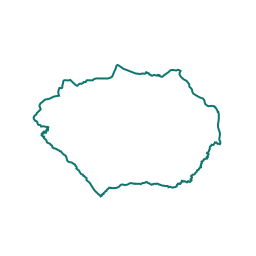 outline of Quinchia, Risaralda, Colombia, rotated 294°
{"feature_id": "7082276B81179954496146", "entity_name": "Quinchia", "entity_type": "district", "adm_level": 2, "iso_a3": "COL", "parent_name": "Colombia", "parent_adm1": "Risaralda", "projection": "robinson", "projection_center": [-75.724, 5.326], "detail": "fine", "context": "isolated", "style": "outline", "palette": "teal", "viewbox_px": 256, "rotation_deg": 294, "n_neighbors": 0, "source": "geoboundaries", "source_scale": "gbopen_adm2", "svg_char_len": 5712}
<svg xmlns="http://www.w3.org/2000/svg" viewBox="0 0 256 256"><g transform="rotate(294 128 128)"><path d="M150.6,218.5L151.7,218.5L152.3,218.3L152.8,218.0L154.5,216.2L155.5,215.7L158.3,215.0L160.7,214.1L164.3,210.8L165.9,209.7L167.0,209.1L168.1,208.7L170.5,208.1L173.9,207.0L177.7,205.2L179.3,204.1L179.0,203.6L180.7,202.1L182.0,200.0L182.3,198.9L182.6,199.0L182.9,198.3L182.8,197.5L182.3,195.5L180.6,192.6L180.7,191.1L181.1,189.4L181.5,188.7L184.4,186.3L185.2,185.0L185.4,183.7L185.1,181.1L185.5,176.8L186.0,173.7L186.4,173.0L186.8,172.5L188.1,171.4L189.1,170.8L190.0,169.4L190.4,167.8L190.6,167.5L190.9,167.1L192.4,166.4L193.0,165.9L194.9,162.3L195.1,159.0L196.2,155.7L197.6,153.6L198.0,153.3L199.5,152.7L201.5,152.8L201.6,151.1L201.5,150.1L201.2,149.6L200.5,149.0L200.2,148.7L199.5,146.4L199.5,145.9L198.6,144.1L198.1,143.5L196.9,142.8L195.6,142.4L194.2,141.4L193.2,141.0L191.1,139.5L189.2,138.8L188.8,138.4L188.4,137.7L188.4,137.4L188.4,136.8L188.3,136.4L188.5,136.1L188.3,135.3L189.0,135.2L188.9,134.3L188.0,133.7L187.9,133.5L188.1,133.2L187.6,132.9L187.3,131.8L187.2,130.3L185.7,129.0L185.4,128.4L185.4,128.0L185.9,126.9L185.5,125.8L186.4,124.6L186.2,124.1L186.4,123.7L186.3,123.3L185.9,122.8L186.3,122.4L186.4,122.0L186.3,121.8L185.0,121.7L184.5,121.3L184.2,120.9L183.8,119.3L183.4,118.6L183.0,118.3L182.2,116.9L180.9,112.7L180.5,104.0L180.2,99.8L181.2,95.0L181.4,92.9L181.1,92.6L180.0,92.2L179.4,92.2L177.5,92.6L175.9,92.5L168.9,92.6L168.0,92.4L167.2,91.8L165.5,90.0L164.9,89.2L160.5,79.1L159.1,77.3L158.6,76.9L157.4,76.5L157.1,76.2L154.9,71.0L154.2,70.7L153.0,70.8L152.7,70.6L152.4,70.2L152.1,68.8L151.9,68.7L151.1,68.7L150.5,68.4L150.2,68.0L149.5,67.6L148.9,66.1L148.6,65.7L148.1,65.3L146.5,64.8L145.9,64.4L145.8,63.7L145.9,63.0L146.8,60.2L148.4,55.8L147.5,54.5L146.8,53.2L146.2,51.3L145.8,50.6L145.1,49.9L144.5,49.9L142.7,50.4L140.0,50.8L138.7,51.4L137.8,51.4L137.3,51.1L136.9,49.4L136.7,49.0L133.2,49.4L132.1,49.8L130.9,50.6L129.5,51.9L126.8,47.8L125.9,46.9L122.7,44.3L120.9,41.6L119.9,40.5L119.3,40.2L116.3,38.9L115.2,38.1L113.2,37.9L111.9,38.3L109.9,40.4L109.6,40.6L107.9,40.1L105.0,38.8L104.5,38.7L103.7,38.8L103.1,38.6L102.4,38.5L101.2,37.6L99.2,37.5L98.9,37.8L98.0,38.2L97.5,39.2L97.0,39.8L96.8,40.4L97.0,41.7L96.4,42.9L95.4,43.5L94.6,44.4L94.5,44.9L94.9,46.1L94.9,46.7L94.8,47.2L94.0,48.0L95.0,49.8L95.3,50.5L95.8,53.3L96.4,54.1L96.4,54.7L96.2,55.0L95.9,55.1L95.2,54.7L94.8,54.7L94.6,54.8L94.7,55.3L93.7,55.7L93.7,55.4L93.9,54.7L93.8,54.3L93.4,54.3L93.2,54.9L92.8,55.1L92.1,54.9L91.5,54.0L91.2,54.1L90.7,55.0L90.3,55.0L90.3,54.8L90.6,54.2L90.4,53.2L90.5,52.6L90.3,52.5L89.7,52.8L89.2,52.2L88.9,52.4L88.7,52.8L88.1,51.8L87.9,51.6L87.6,51.5L87.4,51.6L87.7,52.1L87.7,52.4L87.3,52.4L86.7,52.1L86.1,52.1L85.8,53.3L86.1,54.6L86.1,54.9L85.9,55.0L85.2,54.6L84.9,54.8L84.2,56.2L84.1,57.3L83.9,57.8L82.9,59.1L82.2,59.4L81.9,59.9L81.8,61.1L81.9,63.2L81.2,64.2L81.1,65.5L80.7,66.2L79.6,66.8L79.4,67.1L79.5,68.0L79.3,68.7L79.6,69.3L79.5,70.1L79.8,71.3L79.3,72.7L79.5,74.4L79.0,75.1L79.1,75.6L79.4,76.3L79.1,76.6L77.9,79.3L77.5,80.4L77.5,81.7L77.4,82.2L76.9,82.6L76.5,83.4L73.7,85.5L73.0,86.9L73.0,88.5L73.6,90.5L73.5,91.1L73.1,92.8L73.1,94.5L72.2,95.2L71.8,96.5L71.5,96.9L70.7,97.2L70.1,97.2L69.8,97.6L69.8,98.4L69.3,99.2L69.3,100.2L68.8,101.2L68.1,101.7L67.7,102.6L67.0,103.4L66.9,105.8L66.1,106.6L66.3,107.7L65.6,109.0L65.6,109.8L65.4,110.5L64.9,110.8L64.0,111.0L63.5,111.3L62.3,115.4L59.1,120.1L57.2,123.2L55.3,128.5L54.9,130.1L54.4,130.8L54.9,131.2L55.6,131.6L55.8,131.5L55.8,131.1L56.1,131.1L56.6,131.4L56.7,131.6L57.0,131.7L57.0,131.8L57.4,131.8L57.4,132.0L57.6,132.3L57.8,132.5L58.7,132.3L59.9,132.9L61.0,133.1L61.7,133.9L62.1,133.8L63.5,134.0L64.5,134.7L65.8,135.1L66.2,135.7L66.1,136.7L66.4,136.9L66.4,137.2L66.6,137.5L66.5,137.8L67.7,140.2L68.6,141.8L70.5,143.6L71.1,143.9L72.3,144.1L73.6,144.9L73.9,145.4L74.3,146.4L74.6,148.5L75.9,150.3L77.1,151.4L77.9,151.8L78.8,152.9L79.0,153.4L79.3,155.4L79.9,156.3L79.7,157.2L80.4,157.9L80.6,159.1L81.5,160.3L81.9,162.6L82.8,163.0L83.7,163.7L84.2,164.8L85.1,165.9L85.7,166.2L86.0,166.9L86.3,167.1L86.3,167.4L85.8,168.6L86.1,169.9L85.9,170.5L85.7,172.5L85.8,172.8L86.5,173.1L86.7,173.7L87.2,174.0L87.5,174.6L87.9,174.9L88.4,176.6L89.1,177.3L89.2,178.3L88.9,179.4L89.2,179.7L89.4,183.2L89.9,184.1L90.0,184.8L90.4,186.3L90.9,187.1L91.1,188.0L90.3,189.0L91.3,190.2L91.6,190.7L91.6,192.7L91.7,193.2L92.8,194.3L93.0,194.9L93.3,195.3L94.5,196.2L94.9,196.2L95.8,195.8L96.8,196.3L97.4,196.2L97.5,196.4L97.2,197.0L97.3,197.2L97.9,197.2L98.1,197.4L98.2,198.5L98.6,198.7L99.3,198.5L100.2,199.1L101.3,198.6L101.8,198.7L102.0,199.4L101.7,200.6L102.0,201.0L102.4,201.3L102.5,201.7L102.3,202.2L102.4,203.0L102.3,204.0L102.5,204.3L103.6,204.3L104.0,204.6L104.1,205.0L103.8,206.0L104.1,206.7L106.2,207.4L106.3,207.3L106.2,206.5L106.4,206.1L106.8,205.9L108.3,206.6L108.8,206.6L109.2,206.2L109.5,205.3L109.8,205.2L110.1,205.3L110.4,205.8L111.2,205.8L111.6,205.9L112.2,207.1L112.8,207.6L114.7,207.9L115.9,208.6L117.7,208.4L118.0,208.9L118.4,209.4L119.0,209.5L119.8,209.3L120.2,209.7L121.3,210.1L121.8,210.7L122.3,210.4L122.6,209.7L123.0,209.7L123.4,210.0L123.7,210.0L124.3,209.5L124.8,209.4L125.5,209.8L125.9,209.8L126.5,209.5L126.9,208.8L127.2,208.8L127.8,209.4L129.0,210.2L129.3,210.1L129.7,209.9L130.1,209.9L130.7,210.7L131.5,211.3L132.2,212.6L133.0,211.8L133.5,211.7L134.0,211.9L134.2,212.7L135.0,212.1L136.6,212.4L137.1,212.0L137.2,211.6L136.9,210.7L137.0,210.4L137.4,210.3L137.7,210.4L138.5,211.1L139.4,211.4L140.7,211.1L141.9,211.3L143.1,210.7L143.8,210.5L144.9,210.7L145.8,211.3L146.7,211.2L146.9,212.3L147.5,213.0L148.6,213.1L149.4,213.5L150.2,213.3L150.8,214.7L150.0,216.2L150.1,216.7L150.6,217.5L150.6,218.5Z" fill="none" stroke="#0f766e" stroke-width="2"/></g></svg>